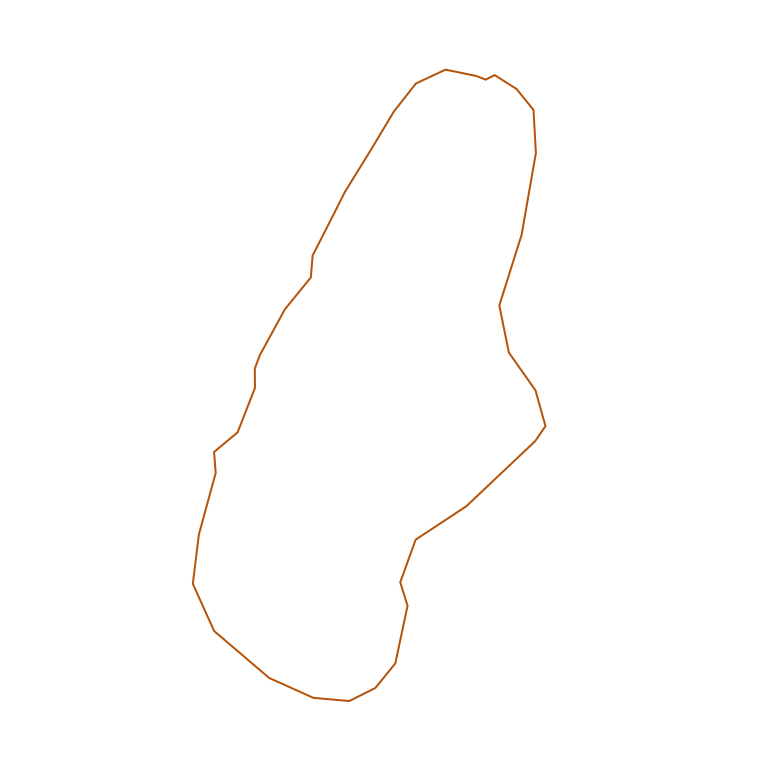 Eauripik, Federated States of Micronesia (Equal Earth projection), rotated 97°
{"feature_id": "79324940B30651235990726", "entity_name": "Eauripik", "entity_type": "district", "adm_level": 2, "iso_a3": "FSM", "parent_name": "Federated States of Micronesia", "parent_adm1": "", "projection": "equal_earth", "projection_center": [143.077, 6.683], "detail": "fine", "context": "isolated", "style": "outline", "palette": "amber", "viewbox_px": 768, "rotation_deg": 97, "n_neighbors": 0, "source": "geoboundaries", "source_scale": "gbopen_adm2", "svg_char_len": 637}
<svg xmlns="http://www.w3.org/2000/svg" viewBox="0 0 768 768"><g transform="rotate(97 384 384)"><path d="M93.8,269.0L75.1,288.3L63.9,311.8L69.5,320.2L67.0,330.3L64.5,361.3L81.9,389.0L112.5,407.5L150.5,424.3L197.9,446.1L235.3,459.6L265.2,470.5L287.1,469.6L322.0,491.5L370.6,510.8L384.3,514.1L403.6,511.6L449.8,523.4L472.2,544.4L492.8,540.2L555.8,549.4L605.6,549.4L649.9,522.5L689.8,462.1L704.1,415.9L702.9,379.8L686.7,355.5L659.9,338.7L601.3,333.6L578.8,343.7L534.6,333.6L495.3,287.4L422.3,227.0L406.1,218.6L371.8,232.9L337.6,263.9L292.0,279.1L219.1,265.6L136.2,261.4L93.8,269.0Z" fill="none" stroke="#b45309" stroke-width="2"/></g></svg>